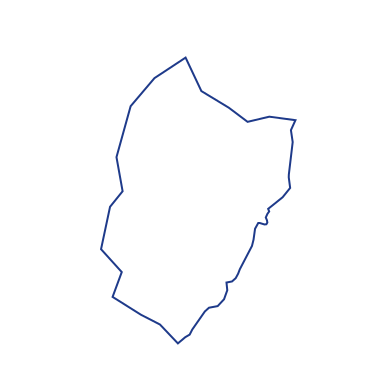 map outline of Bartın (Natural Earth projection), rotated 144°
{"feature_id": "TUR-5521", "entity_name": "Bartın", "entity_type": "Province", "adm_level": 1, "iso_a3": "TUR", "parent_name": "Turkey", "parent_adm1": "", "projection": "natural_earth1", "projection_center": [32.482, 41.593], "detail": "fine", "context": "isolated", "style": "outline", "palette": "blue", "viewbox_px": 384, "rotation_deg": 144, "n_neighbors": 0, "source": "natural_earth", "source_scale": "10m", "svg_char_len": 748}
<svg xmlns="http://www.w3.org/2000/svg" viewBox="0 0 384 384"><g transform="rotate(144 192 192)"><path d="M66.1,189.3L75.6,183.9L81.2,173.2L103.4,149.2L105.1,147.0L110.2,137.6L121.7,134.5L140.3,133.6L141.0,130.9L143.8,130.0L147.3,128.0L148.0,125.0L149.0,123.0L150.8,122.2L152.4,123.1L155.5,127.2L156.6,128.0L162.6,125.2L170.2,117.3L175.2,113.1L198.7,101.4L202.7,98.8L207.3,96.6L212.2,96.1L217.3,98.5L221.2,91.8L229.1,86.4L238.3,84.6L246.3,88.4L251.8,87.8L272.6,80.6L277.7,78.0L282.8,78.5L292.4,77.8L295.8,103.6L305.4,122.6L317.9,153.8L295.9,168.5L299.2,199.2L267.0,228.2L247.7,233.4L232.6,264.6L191.2,297.5L155.4,306.2L118.2,304.5L125.1,268.1L112.7,238.6L105.8,216.1L85.2,207.5L66.1,189.3Z" fill="none" stroke="#1e3a8a" stroke-width="2"/></g></svg>